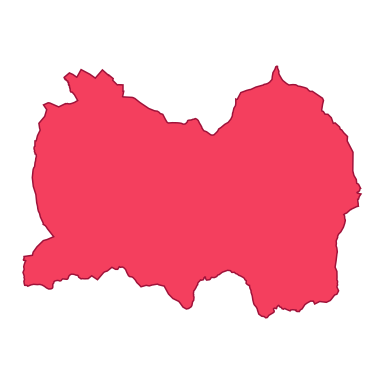 outline of Varciorog, Bihor, Romania
{"feature_id": "2599482B6130450943921", "entity_name": "Varciorog", "entity_type": "district", "adm_level": 2, "iso_a3": "ROU", "parent_name": "Romania", "parent_adm1": "Bihor", "projection": "mercator", "projection_center": [22.291, 46.961], "detail": "fine", "context": "isolated", "style": "filled", "palette": "rose", "viewbox_px": 384, "rotation_deg": 0, "n_neighbors": 0, "source": "geoboundaries", "source_scale": "gbopen_adm2", "svg_char_len": 5860}
<svg xmlns="http://www.w3.org/2000/svg" viewBox="0 0 384 384"><path d="M336.9,294.2L338.6,290.8L336.9,287.0L337.1,285.9L337.6,285.0L337.3,283.5L337.6,281.9L337.5,281.0L336.9,280.0L337.0,277.1L336.9,271.4L335.1,267.2L336.1,260.7L336.9,253.9L337.3,251.9L336.8,247.8L336.1,245.8L336.4,243.4L336.2,241.6L336.3,240.5L337.6,237.6L337.7,235.8L338.2,235.0L338.7,234.0L340.7,232.0L341.2,231.2L343.4,227.3L344.7,223.4L345.3,220.6L345.2,219.7L344.7,218.4L344.6,216.1L344.1,214.9L343.8,214.6L344.8,213.8L346.7,213.0L350.6,209.5L350.9,209.6L351.5,209.1L356.5,206.7L358.4,206.2L358.2,205.5L358.2,203.8L357.8,201.2L357.7,199.3L358.5,199.2L359.3,196.5L361.0,194.0L357.4,193.1L357.1,192.4L358.8,191.4L359.5,190.8L360.2,188.2L360.5,188.2L358.5,184.2L356.7,183.3L356.3,179.5L353.9,175.4L352.8,170.9L353.0,152.2L347.2,141.0L347.5,136.5L343.8,132.8L341.6,129.8L340.4,129.4L339.5,126.9L335.1,122.9L333.3,123.4L331.3,117.7L327.9,114.3L325.1,114.2L323.3,111.5L322.0,111.0L321.7,109.9L322.6,104.2L323.5,100.5L322.5,98.2L312.3,91.3L310.2,91.4L308.8,90.5L306.9,88.4L304.7,87.6L300.2,86.4L298.0,86.1L296.4,85.1L295.6,84.8L292.9,84.6L288.9,85.0L286.5,83.5L282.8,80.5L281.6,78.8L279.1,74.4L278.7,72.7L278.9,71.3L277.5,68.0L277.5,66.4L276.9,66.2L275.8,66.8L274.9,69.4L273.0,72.6L272.3,76.5L272.0,79.5L269.6,82.2L267.8,83.4L266.2,84.0L264.1,84.4L263.3,85.0L255.8,87.1L250.7,89.5L249.7,89.6L246.7,90.4L240.8,92.6L237.3,99.3L236.4,99.4L235.8,99.1L235.8,103.3L235.5,105.6L233.9,108.2L233.0,112.2L232.6,113.1L232.3,116.1L230.8,119.2L228.2,122.4L224.7,124.4L220.9,127.6L218.7,129.0L217.8,130.9L216.7,132.2L214.0,134.8L212.9,135.1L211.2,135.0L210.3,134.5L206.6,131.8L205.1,131.2L204.2,131.0L203.3,130.1L201.9,127.9L201.8,127.2L200.3,124.4L199.7,123.6L198.2,120.5L197.0,119.4L195.6,118.6L194.9,118.7L194.5,119.1L192.9,119.3L191.2,120.0L188.8,120.2L187.9,120.5L187.5,121.0L187.3,121.9L185.5,123.8L183.9,124.2L182.8,124.0L181.6,123.4L179.6,123.0L177.0,122.8L172.5,122.7L168.3,123.0L167.1,122.3L165.5,119.6L162.8,114.4L161.8,114.0L160.3,113.6L159.1,112.3L157.4,111.2L154.5,110.8L148.8,108.5L139.9,102.5L134.9,98.5L133.0,97.6L132.1,97.4L123.3,96.9L122.6,96.6L123.7,91.3L123.0,91.3L123.0,84.9L118.6,84.7L117.3,84.9L112.7,80.3L113.2,78.6L108.8,75.0L108.6,75.4L102.4,69.9L95.3,78.1L89.8,74.2L81.1,69.6L77.0,77.0L76.7,77.2L72.9,74.5L69.4,72.9L64.1,77.4L64.2,77.8L64.5,77.9L64.7,78.7L65.0,79.0L65.1,79.5L65.3,79.6L65.8,79.3L66.2,79.9L66.1,80.1L66.8,80.8L67.6,80.9L68.0,81.9L67.9,82.3L68.0,82.5L68.4,82.4L68.6,82.6L68.5,84.4L69.0,84.7L69.0,85.0L68.8,85.2L69.1,85.6L69.4,85.6L69.5,86.0L69.6,87.6L69.9,87.9L69.9,88.5L70.2,88.9L70.1,89.4L70.2,89.6L70.2,90.6L70.7,91.9L72.4,92.3L73.7,94.0L74.2,94.3L77.7,100.5L74.5,102.4L71.8,103.4L69.9,103.9L68.0,103.8L67.4,103.5L65.4,103.9L65.3,103.7L58.7,106.9L49.8,103.0L48.1,102.8L43.5,104.9L46.7,109.6L44.7,116.4L38.9,123.3L39.6,128.2L40.2,130.1L37.5,135.6L36.2,140.8L35.0,140.9L34.9,146.3L34.4,146.6L34.0,147.9L34.1,149.1L34.6,150.5L34.4,151.7L35.2,153.0L35.0,153.5L35.1,154.0L35.8,154.1L36.3,155.0L36.2,155.5L36.4,156.4L36.2,156.9L36.1,157.5L35.8,158.3L35.5,161.2L35.1,162.2L34.6,166.6L33.6,168.1L33.1,169.8L32.3,177.6L33.3,186.4L35.9,194.6L36.7,202.7L37.5,206.1L37.8,208.6L38.4,211.2L39.5,213.3L40.4,217.0L43.3,223.3L43.1,224.3L45.1,225.5L46.2,226.7L47.5,228.8L53.7,236.7L47.2,239.5L43.3,240.6L37.0,246.8L33.2,252.1L32.4,255.3L24.0,256.5L24.1,258.1L23.4,259.8L23.6,260.3L25.5,260.5L25.8,260.8L25.2,261.7L24.2,264.6L23.7,266.8L24.2,269.3L23.0,272.4L24.3,276.3L24.0,277.5L24.4,278.7L24.5,279.5L23.9,281.2L24.2,283.5L24.7,285.3L27.2,285.5L27.8,286.2L30.9,284.9L33.6,284.3L37.3,284.6L39.9,284.4L42.1,285.0L44.4,286.3L46.5,287.9L48.7,289.0L50.9,288.9L51.9,288.5L52.5,288.0L52.8,287.1L52.8,284.3L53.7,283.0L54.1,281.5L54.9,281.0L55.8,280.7L57.5,280.4L58.9,280.6L59.9,281.0L61.1,280.6L61.8,279.6L62.7,278.9L66.7,279.3L67.5,279.1L68.1,278.3L68.8,276.2L69.9,275.0L71.2,274.2L72.9,274.2L74.5,274.5L76.2,275.2L77.0,275.2L77.9,275.4L78.7,277.2L81.1,278.9L82.2,278.6L84.4,278.8L88.1,278.7L91.7,275.8L97.5,279.7L103.5,272.7L104.5,271.9L107.3,271.0L111.9,267.3L115.5,269.3L117.7,269.3L119.3,266.7L120.3,267.3L122.4,267.0L123.7,267.6L125.6,269.5L126.8,272.4L128.5,275.7L129.7,276.6L131.6,276.8L132.7,277.3L133.4,277.9L135.3,280.0L136.9,282.6L139.5,285.1L141.0,286.8L146.2,285.3L149.3,285.9L152.1,285.0L157.5,284.1L158.8,284.8L164.2,286.1L168.5,294.0L172.9,298.5L178.8,301.4L180.0,302.9L183.0,307.1L186.4,309.0L188.6,308.5L191.0,306.9L191.5,306.2L191.9,305.4L192.6,301.8L193.7,300.3L194.0,297.0L193.5,296.0L193.7,294.7L193.4,293.9L193.8,290.7L194.5,290.1L196.0,287.6L196.4,286.6L197.3,285.0L197.7,284.7L197.7,283.4L198.4,282.2L199.5,281.2L200.5,279.9L201.3,280.2L203.5,279.7L204.0,277.8L204.8,277.0L205.4,277.1L205.4,278.2L206.2,279.7L206.6,280.1L209.5,279.7L210.1,279.3L211.4,277.4L214.3,277.6L216.6,276.6L218.0,274.9L219.2,274.6L222.3,272.2L227.6,270.3L230.5,270.7L231.7,272.3L232.0,272.4L234.4,272.3L235.6,273.5L237.3,274.1L239.1,275.5L240.1,275.7L243.0,277.3L244.2,278.2L244.7,279.0L244.9,279.7L246.3,280.7L246.1,283.3L247.2,284.4L248.6,285.3L249.5,285.4L249.5,286.1L250.0,288.3L251.0,290.5L251.1,292.4L252.2,295.7L252.9,300.2L253.8,303.8L254.3,304.8L256.2,307.0L257.2,308.8L257.6,310.5L258.8,314.1L261.7,316.2L264.3,316.6L265.6,317.8L265.9,317.8L267.3,317.5L268.9,315.3L273.4,312.6L274.1,311.9L274.2,311.0L273.7,309.9L273.5,308.8L274.0,308.3L275.0,308.1L276.2,308.7L276.7,308.1L276.6,307.8L277.3,306.4L278.4,305.4L278.7,305.4L279.1,305.7L279.2,306.2L280.1,307.1L281.2,307.3L281.4,307.5L281.6,308.1L281.9,308.3L282.2,308.8L282.8,308.8L283.3,309.2L284.9,308.5L286.0,309.2L290.1,310.9L290.8,310.0L292.7,309.7L296.0,310.1L295.8,310.7L297.0,311.5L299.4,311.5L300.0,310.3L300.8,309.6L302.1,308.9L304.9,304.6L307.3,302.9L310.6,301.1L313.4,301.2L314.7,304.0L319.7,301.5L326.4,302.3L330.2,300.5L331.3,299.3L334.6,295.0L336.9,294.2Z" fill="#f43f5e" stroke="#9f1239" stroke-width="1.5"/></svg>